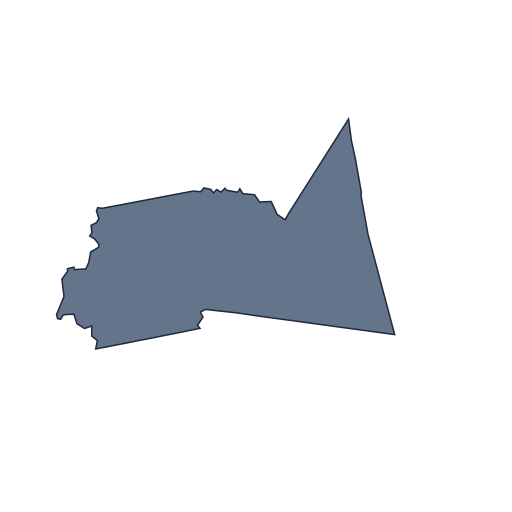 Stanislaus, California, United States of America, rotated 33°
{"feature_id": "52423323B60811948646652", "entity_name": "Stanislaus", "entity_type": "district", "adm_level": 2, "iso_a3": "USA", "parent_name": "United States of America", "parent_adm1": "California", "projection": "robinson", "projection_center": [-121.179, 37.606], "detail": "fine", "context": "isolated", "style": "filled", "palette": "slate", "viewbox_px": 512, "rotation_deg": 33, "n_neighbors": 0, "source": "geoboundaries", "source_scale": "gbopen_adm2", "svg_char_len": 971}
<svg xmlns="http://www.w3.org/2000/svg" viewBox="0 0 512 512"><g transform="rotate(33 256 256)"><path d="M338.1,176.8L311.6,148.6L309.3,144.8L286.1,120.0L273.6,107.7L259.0,90.7L260.2,202.2L260.7,209.8L251.1,209.6L239.1,202.0L229.5,208.8L221.4,205.4L211.0,210.9L205.8,208.4L205.9,212.5L195.5,216.9L193.1,216.0L191.8,221.5L186.8,221.7L186.0,226.2L181.6,224.8L175.2,227.3L174.6,232.2L168.0,235.7L159.8,243.5L101.2,299.6L96.9,301.7L97.6,305.1L103.8,310.2L104.1,314.7L101.0,320.1L105.7,325.9L105.6,329.8L111.5,329.6L118.3,332.0L119.2,334.6L115.1,342.7L119.3,352.6L120.3,359.5L111.3,366.2L109.3,364.5L104.8,369.4L106.3,371.6L105.8,381.1L117.0,394.5L120.6,413.8L123.8,416.6L126.7,415.4L126.4,410.5L129.4,407.9L135.1,404.0L142.7,410.3L151.6,410.2L156.4,404.2L161.9,412.6L169.0,413.3L172.2,421.3L218.7,376.3L248.4,347.2L244.7,345.9L244.8,336.1L239.9,333.4L242.6,328.4L270.8,314.2L291.3,304.8L415.1,246.4L338.1,176.8Z" fill="#64748b" stroke="#1e293b" stroke-width="1.5"/></g></svg>